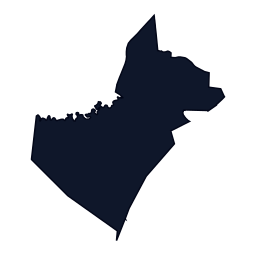 Gawler, South Australia, Australia (Natural Earth projection)
{"feature_id": "25037944B32211395389119", "entity_name": "Gawler", "entity_type": "district", "adm_level": 2, "iso_a3": "AUS", "parent_name": "Australia", "parent_adm1": "South Australia", "projection": "natural_earth1", "projection_center": [138.712, -34.621], "detail": "fine", "context": "isolated", "style": "filled", "palette": "ink", "viewbox_px": 256, "rotation_deg": 0, "n_neighbors": 0, "source": "geoboundaries", "source_scale": "gbopen_adm2", "svg_char_len": 5410}
<svg xmlns="http://www.w3.org/2000/svg" viewBox="0 0 256 256"><path d="M171.0,52.9L170.2,52.3L169.8,52.0L169.6,51.8L168.1,51.2L167.9,51.2L167.4,51.2L166.3,51.7L165.6,51.9L164.7,52.0L163.8,52.1L162.6,51.9L162.3,51.7L161.8,51.3L161.3,51.0L160.7,51.3L157.8,50.5L157.7,50.5L156.0,33.0L155.3,26.8L155.3,26.1L154.7,20.4L154.4,18.5L154.3,16.6L154.1,15.4L149.8,20.2L148.6,21.4L140.8,29.9L137.4,33.8L130.7,40.4L128.4,43.3L126.8,48.0L126.4,51.6L126.4,54.9L126.6,56.5L126.3,58.9L126.1,60.3L125.2,63.5L124.8,64.6L120.6,75.0L119.5,77.6L118.2,81.1L116.8,84.9L116.8,85.5L115.5,91.9L119.7,94.5L120.7,95.3L122.1,96.8L121.8,96.9L122.6,97.7L121.3,98.0L120.8,97.5L120.2,97.8L119.8,97.8L119.4,97.8L119.0,97.7L118.5,97.3L118.0,97.0L117.6,97.0L117.5,97.3L117.5,97.5L117.7,97.9L118.1,98.6L118.2,98.8L118.2,99.2L118.0,99.6L117.7,100.0L117.2,100.2L115.7,100.4L114.6,100.7L114.1,100.9L113.6,101.2L113.4,101.4L113.1,101.9L112.9,102.1L112.9,102.4L113.0,102.9L113.6,104.3L113.5,104.7L113.5,104.9L113.3,105.1L112.6,105.4L112.3,105.4L111.8,105.6L111.7,105.8L111.4,106.7L111.1,107.4L110.8,107.7L110.5,107.8L110.2,108.0L109.5,108.0L109.2,108.0L108.7,107.9L108.4,107.8L108.0,107.5L107.8,107.2L107.6,106.7L107.4,106.1L107.2,105.7L106.9,105.4L105.8,105.1L105.3,105.3L104.9,105.6L104.7,106.0L104.5,106.4L104.1,107.0L103.8,107.3L103.6,107.4L103.3,107.5L102.8,107.5L102.0,107.2L101.3,106.7L100.7,106.1L100.1,105.6L100.0,105.4L100.0,104.9L100.1,104.6L100.4,104.3L100.8,104.0L101.0,103.8L101.2,103.4L101.2,103.1L100.9,102.7L100.4,102.0L100.2,101.9L99.8,102.0L98.7,101.7L98.4,101.9L98.2,102.1L98.2,102.3L98.2,102.9L98.2,103.1L98.0,103.4L97.8,103.7L97.4,104.2L95.9,105.5L95.0,105.8L94.9,105.8L94.8,106.1L94.9,106.5L95.1,106.8L95.3,107.0L95.7,107.4L95.9,107.7L96.0,107.9L96.0,108.6L96.1,108.9L96.5,109.1L97.3,109.3L97.8,109.2L98.3,108.7L98.7,108.0L98.8,107.9L99.0,107.7L99.4,107.6L99.7,107.6L99.8,107.7L99.8,107.9L99.5,108.5L99.4,109.0L99.3,109.4L99.1,109.6L98.9,110.0L98.5,110.5L97.5,111.2L97.3,111.6L97.3,112.0L97.3,112.8L97.5,113.4L97.6,113.6L97.5,114.0L97.4,114.3L97.2,114.5L96.9,114.5L96.7,114.5L96.0,114.1L95.0,113.3L94.5,112.8L94.4,112.5L94.5,112.1L94.8,111.6L95.1,111.2L95.3,110.7L95.2,110.6L94.8,110.2L94.3,109.6L94.1,109.4L93.6,109.1L93.1,109.1L92.4,109.3L92.0,109.6L91.8,110.0L91.7,110.4L91.7,110.8L91.7,111.3L91.6,111.7L91.2,112.6L90.9,113.1L90.7,113.4L90.2,113.6L89.9,113.7L89.0,113.5L88.9,113.6L88.6,113.8L88.1,114.2L87.5,114.3L86.9,114.3L86.1,114.4L85.7,114.5L85.4,114.8L85.4,115.0L85.5,115.2L86.9,116.6L87.2,116.9L87.5,117.0L87.9,117.0L88.2,117.0L89.4,116.5L89.9,116.5L90.2,116.5L90.3,116.7L90.6,117.1L90.6,117.4L90.4,117.8L90.0,118.3L89.6,118.6L89.4,118.8L88.9,119.0L88.4,119.1L87.5,119.1L87.0,119.2L86.5,119.2L86.1,119.1L84.9,118.5L84.6,118.3L84.4,117.9L83.2,116.9L83.0,116.2L82.8,115.1L82.3,114.8L81.2,114.7L80.7,114.7L80.1,114.9L79.8,115.0L79.2,114.9L78.9,114.8L78.7,114.6L78.6,114.4L78.5,114.1L78.6,113.7L78.6,113.4L78.6,113.2L78.4,113.0L78.3,112.8L78.1,112.7L77.2,112.5L76.9,112.6L76.4,112.8L76.3,113.0L76.1,113.4L76.1,113.7L76.1,114.1L76.2,114.5L76.4,114.6L76.8,114.5L77.1,114.6L77.0,115.1L77.2,115.6L77.4,116.0L77.5,116.8L77.5,117.1L77.2,117.7L76.7,118.3L76.5,118.6L76.3,118.6L75.9,119.0L75.6,119.4L75.5,119.7L75.3,120.2L75.2,120.9L74.6,121.1L74.2,121.1L73.8,120.7L73.2,119.8L72.9,119.4L72.5,118.8L72.4,118.7L72.3,118.3L72.3,118.1L72.2,117.7L72.0,116.9L72.0,116.5L72.0,115.5L72.2,114.8L72.3,114.4L72.2,114.3L72.1,114.1L71.7,114.1L71.1,114.4L70.9,114.6L70.7,114.7L70.0,114.9L69.5,114.9L68.7,114.8L68.4,114.7L68.0,114.4L67.6,114.3L67.4,114.6L67.5,114.9L67.7,115.5L68.2,116.4L68.4,116.9L68.5,117.5L68.4,117.7L67.2,117.8L66.7,117.9L66.4,118.1L66.1,118.3L65.8,118.8L65.6,119.7L65.4,120.2L65.1,120.5L64.8,120.5L64.7,120.5L64.3,120.2L63.7,119.6L63.4,119.4L62.9,119.3L62.2,119.3L61.7,119.3L60.5,119.5L59.9,119.8L58.9,120.0L58.2,120.2L57.5,120.5L57.1,120.6L56.6,120.5L56.1,120.4L55.8,120.1L55.4,119.2L55.2,118.9L55.0,118.6L54.9,118.4L54.4,118.0L53.8,117.8L53.5,117.9L53.1,118.2L52.8,118.3L52.5,118.5L52.2,118.9L52.0,119.4L51.7,119.8L51.3,120.0L50.7,120.0L50.4,119.8L50.2,119.7L50.1,119.2L50.2,118.4L50.1,118.0L49.9,117.5L49.9,116.7L49.7,116.4L49.4,116.0L49.1,115.8L48.9,115.8L48.7,115.9L48.5,116.0L48.2,116.6L48.0,116.8L47.9,117.1L47.6,117.8L47.4,118.1L47.2,118.9L46.9,119.7L46.6,120.0L46.4,120.2L46.1,120.3L45.9,120.3L45.6,120.0L45.2,119.2L44.8,119.0L43.6,118.4L42.7,118.2L42.1,118.4L41.8,118.6L41.5,118.8L40.5,120.7L40.3,120.9L40.0,120.9L39.9,120.9L39.7,120.4L39.6,120.2L40.1,119.2L40.2,118.9L40.3,118.3L40.1,117.6L39.8,117.1L39.2,116.2L38.9,115.8L38.4,115.3L38.2,115.1L37.6,115.1L37.2,115.5L36.8,115.8L36.5,115.9L36.4,116.1L31.5,159.2L31.6,159.6L67.8,195.7L117.4,230.9L116.5,240.6L125.1,218.9L125.4,219.1L125.2,218.7L129.1,208.3L136.1,195.1L146.2,176.2L174.4,143.8L170.7,130.9L183.1,124.6L189.5,121.4L189.3,121.3L189.1,121.1L188.6,120.9L187.8,120.3L186.8,119.3L185.8,118.4L185.1,117.4L184.6,116.9L183.9,115.7L183.5,115.3L183.2,114.7L183.0,113.7L182.8,113.3L182.8,112.5L182.8,112.3L183.2,111.5L183.3,110.8L183.5,110.2L184.9,110.3L184.9,109.9L207.9,110.5L207.9,111.0L208.0,111.0L216.3,105.2L216.1,104.9L216.4,104.6L222.0,99.4L224.5,96.8L223.8,95.6L220.7,88.8L210.2,87.4L208.7,87.1L209.1,72.8L205.3,71.8L204.8,71.8L196.1,67.2L194.8,66.3L193.8,65.3L191.8,62.7L191.3,62.2L186.6,58.6L185.0,57.8L180.2,57.0L179.2,57.0L178.4,57.0L177.6,57.2L175.4,57.7L173.1,57.6L170.8,57.3L171.0,52.9Z" fill="#0f172a" stroke="#020617" stroke-width="1.5"/></svg>